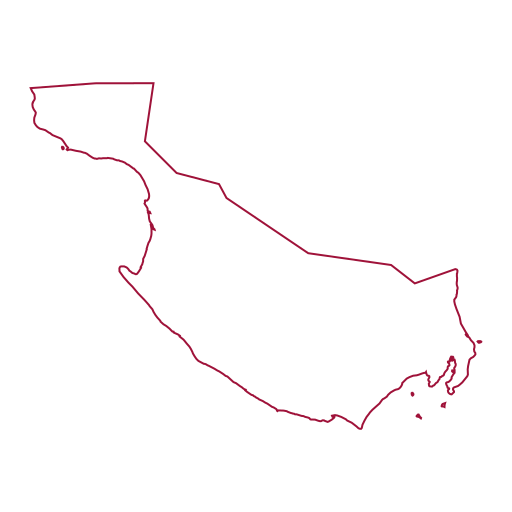 South Bougainville District, North Solomons, Papua New Guinea (orthographic projection)
{"feature_id": "67681753B57205815556164", "entity_name": "South Bougainville District", "entity_type": "district", "adm_level": 2, "iso_a3": "PNG", "parent_name": "Papua New Guinea", "parent_adm1": "North Solomons", "projection": "orthographic", "projection_center": [155.545, -6.496], "detail": "fine", "context": "isolated", "style": "outline", "palette": "rose", "viewbox_px": 512, "rotation_deg": 0, "n_neighbors": 0, "source": "geoboundaries", "source_scale": "gbopen_adm2", "svg_char_len": 6041}
<svg xmlns="http://www.w3.org/2000/svg" viewBox="0 0 512 512"><path d="M95.2,83.3L30.7,88.1L32.1,91.3L34.3,94.5L34.7,97.1L34.8,98.8L34.3,100.0L33.0,101.9L32.7,102.8L32.8,102.9L32.5,103.2L32.4,104.6L32.7,107.0L33.8,109.5L35.4,111.8L35.8,112.7L35.5,114.4L34.3,117.7L34.1,120.4L34.4,122.9L35.9,125.3L37.3,126.9L38.7,127.9L40.0,128.7L43.2,129.5L45.4,130.2L48.7,132.5L50.0,133.1L52.5,135.1L60.5,138.4L61.7,139.2L63.2,141.0L66.5,146.0L68.0,147.6L66.7,149.5L67.5,150.2L68.8,149.7L70.8,149.6L75.9,150.8L80.7,151.6L83.9,152.7L84.9,152.8L86.9,153.7L89.5,155.7L92.6,157.7L94.5,158.5L95.4,158.5L96.9,158.9L99.0,158.3L101.2,158.5L103.0,158.2L107.0,158.2L107.7,157.9L113.1,158.7L114.1,159.3L117.0,160.3L118.8,160.3L120.0,161.0L122.2,161.5L125.0,162.7L126.7,164.1L128.6,164.9L133.4,168.5L134.0,168.6L136.9,171.8L138.4,172.8L140.4,175.1L144.1,181.3L145.5,184.9L147.6,189.2L149.0,193.9L149.2,196.1L148.9,197.5L149.0,197.7L148.6,198.7L147.2,200.5L146.4,200.7L145.2,200.4L144.9,200.7L145.0,202.5L144.5,203.6L147.2,207.7L147.6,208.9L147.6,210.5L148.0,211.0L148.9,211.5L149.7,211.7L150.3,213.1L149.0,212.9L148.4,212.2L147.9,212.4L148.7,214.5L149.1,218.7L149.8,221.4L152.1,224.6L152.5,225.3L153.2,228.0L154.5,229.3L154.6,229.7L153.4,229.2L152.8,228.6L152.2,227.5L152.0,226.2L150.6,223.8L151.5,229.0L151.5,233.8L151.2,236.0L150.3,239.2L149.6,241.0L148.5,242.8L147.5,245.8L146.6,248.9L146.8,249.2L144.7,255.9L143.2,258.8L143.1,261.5L142.5,263.2L142.3,264.2L140.6,267.2L141.1,267.8L138.9,271.4L137.1,273.8L136.2,274.2L135.6,274.2L134.2,273.5L132.4,273.0L130.5,271.4L129.4,270.7L128.5,269.3L127.1,267.8L126.3,267.3L124.2,266.4L121.2,266.4L120.4,266.6L119.8,267.3L119.4,268.3L119.5,271.4L123.6,277.1L128.5,282.7L132.4,286.6L138.1,293.4L144.6,300.1L149.1,305.2L149.6,306.1L152.4,309.3L153.5,311.8L155.3,314.8L157.3,317.5L160.3,320.8L160.5,321.6L163.5,324.3L166.3,326.0L169.5,328.6L172.2,331.4L173.6,331.7L173.6,332.4L174.0,332.7L177.9,334.4L179.9,335.8L179.6,336.5L183.5,339.6L184.6,340.9L186.6,343.4L189.4,346.6L190.9,349.0L192.4,352.0L192.9,353.4L194.6,356.3L196.4,358.9L198.4,360.9L203.8,363.8L204.9,363.9L206.2,364.4L207.5,365.3L208.6,365.7L214.4,368.7L217.3,370.5L219.2,371.4L223.2,374.0L225.6,375.9L227.4,376.5L233.5,382.1L236.1,383.2L240.1,386.2L241.8,387.2L242.9,388.2L244.9,389.6L245.6,389.6L245.8,389.8L245.3,390.4L247.1,391.9L251.5,394.9L252.9,395.2L253.8,396.1L255.0,396.6L255.9,397.4L258.2,398.6L259.1,399.4L262.9,401.1L265.2,402.6L267.3,403.6L272.1,406.9L273.6,407.4L276.3,409.1L276.9,410.0L276.9,410.6L277.5,411.1L278.3,410.4L283.6,410.6L286.8,411.2L287.5,411.7L291.1,413.1L291.6,413.1L293.2,413.7L294.0,413.7L295.0,414.3L296.5,414.3L301.6,415.9L303.5,416.1L305.2,416.9L307.8,417.5L309.3,418.1L310.3,419.3L310.8,419.5L315.0,419.6L318.4,420.8L320.1,421.2L321.2,421.1L322.5,420.3L323.9,420.3L324.4,420.7L327.6,421.9L328.7,421.5L331.7,419.7L334.0,417.8L334.5,416.9L334.5,415.9L333.9,415.9L332.7,416.8L332.4,416.7L332.0,415.7L335.0,415.1L337.3,415.5L341.2,416.9L345.9,419.3L347.1,420.5L351.7,422.7L356.6,426.5L358.2,428.0L359.0,428.5L360.0,428.8L361.1,428.8L361.8,427.9L362.5,424.7L364.5,420.6L366.6,416.9L369.1,413.7L369.9,412.5L372.5,409.7L379.5,403.5L382.0,400.0L382.9,399.1L384.3,398.4L386.8,396.7L388.2,394.7L390.7,392.4L394.1,390.4L395.6,389.7L398.1,389.1L399.0,388.6L400.4,387.3L401.6,385.5L402.2,384.0L402.2,383.1L406.7,378.6L409.5,377.1L413.2,375.7L416.7,375.3L418.8,374.7L422.0,373.5L424.0,372.9L425.4,372.9L426.0,372.0L426.3,373.4L426.8,374.8L427.2,375.3L427.5,375.6L428.9,375.8L429.3,376.2L429.4,377.2L428.3,379.4L428.3,380.1L428.6,380.8L429.7,381.8L429.7,382.1L428.8,383.7L429.1,385.8L429.6,386.3L432.0,386.6L433.3,385.5L433.9,385.4L434.4,385.0L435.8,383.2L437.5,382.1L438.4,380.4L439.5,379.0L439.7,377.8L440.1,377.0L441.3,376.9L442.4,375.8L443.3,375.6L444.0,374.7L444.2,373.5L445.2,371.8L446.8,370.1L447.7,368.7L447.7,367.1L448.0,366.3L448.9,365.9L449.5,365.1L449.1,363.6L448.0,362.5L447.9,361.7L448.1,361.5L449.6,361.6L450.0,361.0L449.7,360.2L450.1,358.8L450.9,357.0L451.2,356.6L453.0,356.8L453.3,357.3L451.4,359.8L451.5,360.4L451.9,360.7L452.4,360.7L453.2,360.2L453.8,359.3L454.4,359.4L454.8,360.3L455.1,362.8L455.7,364.0L455.7,365.2L455.2,366.6L454.3,367.8L454.2,368.8L454.6,369.9L454.6,372.8L453.4,374.2L451.6,377.2L451.6,378.6L450.9,379.7L449.3,381.4L448.1,382.1L446.7,382.4L446.2,382.8L446.1,383.2L446.1,383.8L446.8,385.6L447.4,386.4L447.5,387.6L448.2,388.2L448.9,388.2L449.2,388.6L449.1,389.1L448.1,390.0L447.9,390.4L448.1,391.9L448.6,392.8L449.7,393.8L451.0,394.3L451.7,394.3L454.0,392.1L454.0,391.3L453.0,389.6L453.1,388.3L454.0,387.4L458.0,386.0L459.7,384.7L462.3,382.4L467.3,376.2L467.9,374.6L467.7,369.3L468.1,366.1L469.5,359.7L470.8,358.3L473.3,356.9L474.8,355.3L475.4,354.4L475.3,353.0L474.3,351.5L474.0,349.2L474.5,347.2L474.5,345.3L473.5,342.9L470.9,340.2L469.2,337.4L467.2,336.5L465.7,334.6L466.0,334.0L467.7,336.0L468.0,335.9L467.9,335.4L465.7,332.0L460.9,323.6L459.6,316.8L456.5,309.0L454.9,304.3L454.3,301.5L454.3,299.6L456.1,297.2L456.5,295.9L456.5,294.6L456.9,293.9L457.1,291.5L457.0,290.3L457.3,289.8L457.6,288.6L457.6,287.5L456.8,284.9L456.7,283.5L456.8,281.7L457.0,281.1L457.1,277.9L456.9,276.5L456.9,273.6L457.2,273.1L457.5,270.8L457.1,269.9L456.7,269.5L455.3,269.1L414.8,283.4L391.1,265.0L308.2,253.2L226.5,198.0L219.0,184.1L176.6,173.0L144.9,141.3L153.5,83.2L95.2,83.3ZM444.6,404.8L445.1,403.1L442.6,404.0L442.1,404.6L441.6,406.1L442.0,406.5L443.2,406.4L444.5,407.0L444.6,404.8ZM419.9,416.7L418.6,414.5L418.0,414.5L416.7,415.8L416.6,416.2L417.2,416.7L418.0,416.7L419.4,417.2L420.9,418.4L421.1,417.9L419.9,416.7ZM479.5,342.7L480.9,342.2L481.3,341.8L481.3,341.6L480.3,341.1L478.1,341.1L477.6,341.5L478.3,342.4L478.9,342.8L479.5,342.7ZM413.0,395.3L413.4,394.7L413.4,394.0L412.6,392.8L412.0,392.8L411.6,393.2L411.8,394.8L412.5,395.6L413.0,395.3ZM63.3,149.2L63.7,148.7L63.7,147.9L63.3,147.2L62.8,146.8L62.1,146.8L61.9,147.3L62.3,148.8L62.8,149.3L63.3,149.2ZM453.5,372.1L453.9,371.4L453.5,370.8L452.7,370.4L452.2,370.4L452.0,371.1L452.2,371.5L453.0,372.1L453.5,372.1Z" fill="none" stroke="#9f1239" stroke-width="2"/></svg>